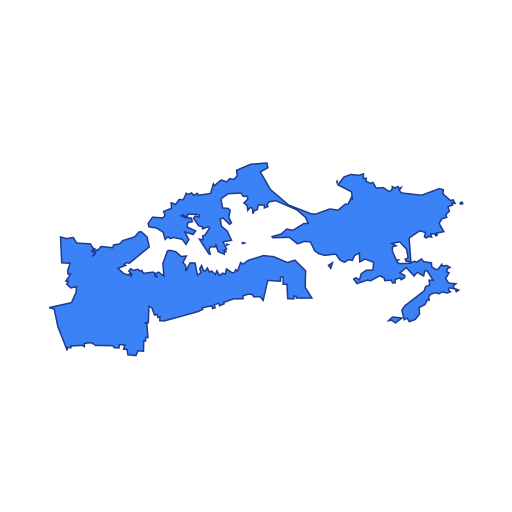 Kingborough, Tasmania, Australia, rotated 260°
{"feature_id": "25037944B97802920285494", "entity_name": "Kingborough", "entity_type": "district", "adm_level": 2, "iso_a3": "AUS", "parent_name": "Australia", "parent_adm1": "Tasmania", "projection": "natural_earth1", "projection_center": [147.285, -43.214], "detail": "fine", "context": "isolated", "style": "filled", "palette": "blue", "viewbox_px": 512, "rotation_deg": 260, "n_neighbors": 0, "source": "geoboundaries", "source_scale": "gbopen_adm2", "svg_char_len": 6138}
<svg xmlns="http://www.w3.org/2000/svg" viewBox="0 0 512 512"><g transform="rotate(260 256 256)"><path d="M195.8,53.7L198.6,54.3L197.8,57.7L199.5,58.0L198.2,69.3L196.5,71.2L199.4,71.7L199.7,74.5L198.9,79.3L195.8,82.5L192.5,99.6L190.3,100.4L189.3,105.2L192.5,105.9L192.1,107.8L191.0,111.5L187.2,109.4L186.4,112.8L180.9,112.7L178.8,120.5L183.1,123.2L181.8,128.7L191.8,130.7L191.4,132.5L194.9,133.1L194.4,135.4L208.1,136.7L209.5,134.8L208.9,138.3L224.9,141.8L223.3,144.4L215.4,145.8L215.9,148.2L212.4,148.8L212.9,150.9L209.0,150.0L208.0,154.5L211.3,189.0L212.7,194.3L214.4,194.0L214.6,203.7L211.7,204.2L212.2,206.8L215.2,206.3L216.0,211.1L213.3,211.5L214.5,216.3L215.9,216.1L217.7,226.5L216.1,235.8L219.1,236.3L219.8,242.3L218.7,245.6L216.2,246.7L215.2,253.1L211.0,255.3L229.9,263.3L226.9,275.8L231.1,276.5L230.6,279.1L223.5,277.8L222.8,281.6L208.5,279.8L207.2,285.8L210.0,286.3L209.4,288.7L207.6,288.4L204.9,303.7L216.6,299.0L232.9,302.3L245.2,293.5L244.1,285.8L252.3,273.2L255.1,263.4L253.1,247.6L250.2,241.9L252.2,239.7L244.4,235.3L246.1,233.6L243.6,232.1L243.6,229.6L248.4,224.7L243.6,222.7L244.9,220.2L243.1,216.7L248.2,214.9L244.8,212.8L248.9,209.7L248.1,207.4L252.6,206.0L250.1,203.7L250.7,201.8L256.1,200.8L253.0,198.3L249.2,199.0L247.3,195.0L259.6,194.8L260.7,189.9L253.3,184.3L258.8,185.1L262.2,182.9L268.1,187.4L268.5,182.3L274.2,177.7L276.7,171.8L276.3,169.6L264.8,163.0L252.3,161.8L257.1,157.1L255.6,153.5L254.0,153.5L253.3,154.9L252.5,154.7L253.9,153.0L255.7,153.1L256.4,153.9L258.0,151.8L258.5,142.2L261.8,141.0L261.0,139.1L263.4,137.6L263.2,132.5L265.3,130.4L263.2,128.1L259.5,130.6L257.6,129.3L260.5,128.7L259.5,127.3L261.3,123.0L267.9,117.9L269.4,125.9L270.4,124.6L271.9,127.0L270.9,130.1L283.5,152.5L293.8,152.0L299.7,147.3L300.1,145.1L295.9,139.8L294.3,127.5L291.5,123.7L291.7,117.7L289.0,116.5L292.3,105.1L288.9,100.9L291.9,97.3L291.0,97.3L289.2,95.8L289.2,97.2L288.1,98.5L287.2,98.5L285.2,97.1L284.0,94.9L287.6,98.5L289.0,95.0L291.3,97.1L296.7,95.0L299.9,81.7L305.9,79.3L306.1,72.2L308.7,66.8L283.0,63.5L281.1,71.7L274.2,67.9L270.9,67.7L270.4,70.3L264.3,64.4L263.7,66.8L261.3,64.7L256.7,68.1L257.0,73.9L251.5,72.6L242.1,66.2L241.1,43.3L238.9,48.1L220.8,48.6L195.8,53.7ZM275.7,226.0L275.7,234.6L285.5,232.0L291.4,227.1L298.7,227.2L299.0,230.3L291.8,235.4L293.0,237.6L298.8,235.9L305.3,238.5L307.6,237.0L309.1,231.5L318.3,231.3L322.2,239.3L320.6,252.2L316.9,253.8L316.5,257.6L313.4,257.8L310.4,253.3L307.4,256.0L302.4,255.8L304.8,258.7L303.5,260.8L298.0,260.4L300.8,261.8L301.4,265.3L305.8,267.2L304.7,273.0L301.9,272.6L302.6,276.4L304.9,275.8L307.1,278.5L307.0,285.2L294.4,304.2L285.4,311.5L279.1,313.1L279.6,308.6L274.9,296.9L277.2,290.9L273.3,284.9L272.3,275.2L271.1,275.7L268.6,292.1L260.8,298.9L261.9,306.1L260.5,312.0L251.0,314.7L247.5,318.0L244.7,323.6L244.1,334.8L237.2,338.2L234.5,342.0L236.3,346.6L234.9,350.2L239.4,353.1L241.0,358.3L232.2,357.2L234.1,362.9L229.4,370.7L221.8,368.7L222.8,362.0L220.2,356.5L214.5,353.8L217.2,350.6L216.4,348.2L211.3,350.6L212.9,361.3L211.7,364.6L215.0,374.3L212.2,378.3L209.4,378.5L208.7,384.9L205.7,385.8L205.4,388.5L208.7,388.8L209.5,394.0L207.4,394.9L208.8,398.5L210.9,399.2L214.4,394.8L218.5,402.0L208.8,408.2L212.0,411.8L207.3,417.6L211.9,419.6L211.8,422.0L201.4,426.1L202.2,422.2L197.2,422.0L196.5,417.7L192.5,415.6L181.0,393.7L177.2,390.2L167.5,391.0L168.5,394.2L164.7,395.5L165.8,401.8L170.4,406.9L176.9,407.8L178.8,413.9L183.1,417.2L182.4,418.8L186.3,419.1L188.1,421.9L188.7,426.8L187.0,429.3L188.2,433.1L186.3,438.1L187.0,441.3L189.6,439.5L191.1,441.1L189.1,445.7L192.3,444.9L194.0,448.0L195.8,441.1L200.8,438.9L206.0,443.2L207.3,441.0L210.5,442.5L211.0,445.0L213.4,442.6L214.0,437.8L215.6,437.5L211.3,432.9L211.6,430.7L214.9,427.2L218.8,427.6L221.3,420.0L224.4,418.5L222.0,413.0L223.4,410.9L222.0,406.9L223.6,395.6L225.4,394.1L237.1,391.1L241.4,392.1L241.7,395.8L244.8,392.0L245.0,400.0L236.4,405.5L227.7,405.4L226.9,402.4L225.0,402.8L223.3,407.5L247.1,409.9L252.4,421.6L249.7,427.0L245.5,425.2L244.1,427.1L245.5,429.0L244.1,432.3L247.6,431.8L246.4,436.3L244.7,436.5L245.3,438.3L247.1,437.4L247.4,445.2L256.3,442.0L260.4,445.6L260.9,450.5L263.8,450.2L266.6,454.3L271.2,453.6L272.1,458.5L274.1,458.2L273.2,461.1L277.1,460.0L276.8,457.2L284.7,450.9L288.7,452.0L290.5,448.2L287.1,429.6L292.7,410.7L294.5,409.0L299.8,408.0L298.9,404.1L300.7,402.3L297.7,401.4L296.3,398.3L301.2,393.3L302.0,386.2L308.1,384.0L307.7,381.5L310.5,377.3L313.4,378.1L313.7,375.2L318.2,376.1L317.6,371.2L319.8,363.6L318.6,356.5L311.9,349.0L302.6,361.2L294.4,360.8L297.4,360.3L291.1,355.7L291.5,352.7L286.9,344.8L289.5,336.9L286.9,322.2L287.9,317.8L300.4,297.1L319.0,281.7L338.1,274.9L340.9,283.1L345.7,282.7L347.3,266.7L343.8,251.7L338.3,251.5L335.3,247.9L336.7,243.5L334.1,240.1L336.9,234.9L332.5,227.2L334.4,226.5L325.5,222.1L325.8,210.1L327.9,209.1L326.5,205.2L329.3,203.5L328.5,199.9L329.9,198.2L324.0,194.2L325.0,190.2L320.9,185.8L323.1,181.7L317.7,181.1L315.9,172.7L312.1,173.5L309.6,171.1L312.2,160.9L306.7,155.4L303.3,155.7L300.8,163.0L295.6,168.6L288.1,169.4L290.3,172.7L288.1,174.3L288.5,178.3L285.2,186.3L279.6,189.1L283.9,192.7L292.1,190.0L288.1,197.8L291.2,200.9L296.6,193.1L300.7,194.7L300.9,199.3L304.5,198.9L306.5,192.1L307.9,190.8L308.5,189.3L308.8,189.1L309.1,191.7L307.1,192.9L307.1,195.5L309.1,196.2L307.1,205.3L306.0,207.5L304.2,206.6L305.9,203.1L304.1,201.0L295.9,204.6L294.1,208.3L292.0,208.0L293.1,214.6L291.8,215.3L285.3,209.3L285.0,206.9L281.2,206.9L282.4,203.2L266.4,209.9L265.7,211.3L270.9,210.8L273.0,212.9L272.0,217.1L273.9,218.5L267.0,219.4L263.3,225.1L266.0,225.7L265.2,227.8L267.2,225.3L267.9,228.3L275.7,226.0ZM165.9,381.7L169.6,389.0L172.2,379.9L169.3,375.3L169.1,378.6L165.9,381.7ZM236.1,330.1L234.2,325.7L230.9,327.5L236.1,330.1ZM189.0,446.7L186.1,447.0L187.2,449.7L189.0,446.7ZM271.7,468.7L273.4,468.3L272.7,466.2L271.5,466.5L271.7,468.7ZM313.3,348.1L315.4,349.2L315.7,349.0L313.3,348.1ZM270.7,247.0L271.6,245.4L271.1,244.6L270.5,245.1L270.7,247.0ZM271.9,228.8L272.1,230.4L272.8,229.3L271.9,228.8ZM226.5,394.1L227.4,395.6L227.5,394.8L226.5,394.1ZM298.0,409.8L296.9,409.6L298.2,410.9L298.0,409.8Z" fill="#3b82f6" stroke="#1e3a8a" stroke-width="1.5"/></g></svg>